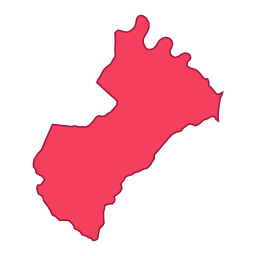 Itajaí, Santa Catarina, Brazil
{"feature_id": "56859067B36867001106125", "entity_name": "Itajaí", "entity_type": "district", "adm_level": 2, "iso_a3": "BRA", "parent_name": "Brazil", "parent_adm1": "Santa Catarina", "projection": "orthographic", "projection_center": [-48.747, -26.968], "detail": "fine", "context": "isolated", "style": "filled", "palette": "rose", "viewbox_px": 256, "rotation_deg": 0, "n_neighbors": 0, "source": "geoboundaries", "source_scale": "gbopen_adm2", "svg_char_len": 2582}
<svg xmlns="http://www.w3.org/2000/svg" viewBox="0 0 256 256"><path d="M218.4,121.1L218.2,118.5L218.1,115.1L218.4,111.2L218.7,108.3L219.1,105.0L219.8,101.0L220.4,97.6L221.8,95.1L222.6,92.3L219.6,93.9L216.7,94.3L214.6,91.7L211.8,88.2L208.9,85.7L208.7,81.9L207.6,78.9L205.4,79.1L203.4,77.8L201.8,75.9L200.3,73.7L197.5,70.9L194.9,69.3L190.6,68.2L187.0,65.9L187.4,62.1L189.8,59.9L190.7,57.4L189.9,55.1L187.7,53.4L184.8,53.0L181.6,54.2L178.5,56.5L175.1,57.5L171.8,56.0L170.1,53.4L170.1,50.5L171.5,47.5L172.6,44.2L172.2,41.6L170.3,39.1L167.8,37.7L165.4,37.5L162.0,38.5L159.3,40.6L158.0,42.7L156.4,45.4L153.8,48.3L151.1,49.4L147.9,49.5L145.7,47.9L144.3,45.6L143.2,42.0L143.4,38.5L145.1,35.5L147.4,31.5L148.8,27.9L148.9,23.1L146.2,18.2L143.6,16.2L141.3,15.4L138.4,16.2L136.6,18.8L136.1,22.2L135.6,24.6L134.3,27.1L132.3,29.4L129.8,31.3L127.5,32.0L125.2,32.0L122.8,31.5L120.6,30.7L117.6,30.3L115.0,32.9L115.2,36.5L115.3,39.8L115.2,44.5L115.0,50.5L115.4,54.5L114.8,57.4L112.8,60.0L111.0,63.7L108.3,65.7L105.7,67.9L103.5,70.2L101.7,73.6L100.1,76.6L97.8,80.2L96.8,82.7L99.5,84.7L102.2,87.5L104.9,89.9L107.4,92.2L110.1,94.7L112.6,96.9L115.0,98.8L117.5,101.6L116.6,105.3L114.5,107.9L112.2,110.5L110.2,112.5L107.6,113.6L105.3,115.9L101.4,116.3L98.8,115.8L96.3,117.0L94.6,119.2L92.6,121.9L89.5,125.2L85.8,127.1L83.2,126.8L80.5,126.9L77.6,126.7L74.3,125.8L72.1,126.6L52.5,124.5L47.3,136.4L46.1,138.9L41.7,149.4L39.7,151.7L37.6,154.1L36.0,156.6L34.1,159.4L33.5,163.1L33.4,166.6L35.6,169.6L36.2,172.8L38.3,174.3L41.5,176.0L43.6,177.7L44.5,180.0L42.7,182.2L40.9,184.9L37.6,185.2L36.9,188.6L37.5,191.3L38.4,193.9L41.7,195.7L43.3,198.2L43.7,200.7L45.3,203.0L47.9,206.4L49.9,209.6L51.1,212.3L52.4,215.0L55.2,216.2L57.4,218.1L59.6,220.3L63.2,220.2L67.1,220.3L69.3,220.9L71.7,223.1L74.0,226.0L74.5,228.7L77.6,229.8L80.2,231.8L82.1,234.7L85.9,235.9L88.4,237.4L91.5,238.5L93.1,240.6L95.6,240.1L97.6,238.7L98.1,235.7L98.8,231.5L99.9,227.9L102.1,226.2L104.0,223.3L103.6,219.0L103.6,216.4L103.5,212.2L104.4,208.8L104.7,205.3L107.1,204.6L109.7,203.8L112.4,203.9L114.2,201.9L114.9,199.4L114.1,196.4L117.3,194.3L120.3,191.7L122.0,188.3L121.1,185.3L121.4,182.6L123.4,180.9L124.5,178.6L125.9,176.7L128.6,175.6L131.9,174.6L135.0,172.4L138.7,171.6L143.4,169.2L147.3,168.0L149.3,166.2L150.7,164.3L152.7,161.0L154.4,158.3L154.2,155.1L168.9,137.8L172.0,134.6L176.0,132.2L178.2,131.7L181.0,131.0L183.4,128.0L187.1,125.3L189.6,123.8L192.4,124.5L195.6,125.8L198.9,124.1L201.7,121.7L203.8,119.9L206.3,119.2L209.6,117.5L212.0,116.4L214.6,116.7L216.1,119.5L218.4,121.1Z" fill="#f43f5e" stroke="#9f1239" stroke-width="1.5"/></svg>